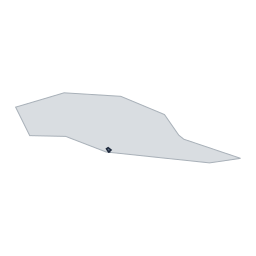 location of Ngeruliang, Melekeok, Palau, rotated 89°
{"feature_id": "81905179B10053567804267", "entity_name": "Ngeruliang", "entity_type": "district", "adm_level": 2, "iso_a3": "PLW", "parent_name": "Palau", "parent_adm1": "Melekeok", "projection": "equal_earth", "projection_center": [134.631, 7.506], "detail": "fine", "context": "in_parent", "style": "filled", "palette": "slate", "viewbox_px": 256, "rotation_deg": 89, "n_neighbors": 0, "source": "geoboundaries", "source_scale": "gbopen_adm2", "svg_char_len": 693}
<svg xmlns="http://www.w3.org/2000/svg" viewBox="0 0 256 256"><g transform="rotate(89 128 128)"><path d="M133.9,226.4L105.2,240.0L91.7,191.3L96.2,134.7L115.2,91.3L136.0,77.4L140.2,72.4L160.3,16.0L164.3,47.1L151.6,150.3L135.3,190.5L133.9,226.4Z" fill="#d9dde1" stroke="#a8b0b8" stroke-width="1"/><path d="M147.3,148.2L148.4,149.9L151.8,147.8L151.8,147.7L151.7,147.6L151.7,147.3L151.6,147.2L151.5,146.9L151.4,146.8L151.4,146.7L151.2,146.7L151.2,146.9L150.9,146.9L150.9,146.7L150.7,146.7L150.5,146.4L150.4,146.4L150.4,146.5L150.4,146.4L150.3,146.2L150.2,146.0L150.2,145.9L150.0,145.7L149.9,145.6L149.8,145.4L149.7,145.3L147.3,148.2Z" fill="#64748b" stroke="#1e293b" stroke-width="1.5"/></g></svg>